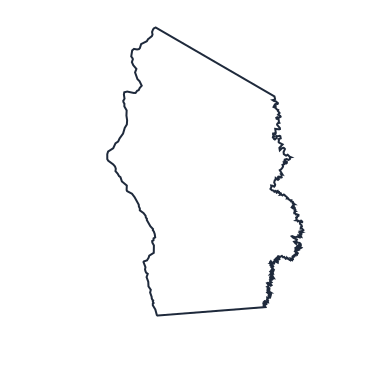 the district of La Primavera, Vichada, Colombia, rotated 300°
{"feature_id": "7082276B79369128068178", "entity_name": "La Primavera", "entity_type": "district", "adm_level": 2, "iso_a3": "COL", "parent_name": "Colombia", "parent_adm1": "Vichada", "projection": "equal_earth", "projection_center": [-69.552, 5.549], "detail": "fine", "context": "isolated", "style": "outline", "palette": "slate", "viewbox_px": 384, "rotation_deg": 300, "n_neighbors": 0, "source": "geoboundaries", "source_scale": "gbopen_adm2", "svg_char_len": 6107}
<svg xmlns="http://www.w3.org/2000/svg" viewBox="0 0 384 384"><g transform="rotate(300 192 192)"><path d="M178.1,102.2L177.2,103.8L176.5,110.0L175.6,112.6L174.0,114.4L171.8,115.3L170.7,118.5L169.3,120.8L169.1,122.6L166.1,126.0L165.0,132.3L161.0,134.4L160.3,135.4L160.5,140.9L158.8,144.9L154.4,152.2L152.8,153.3L151.7,155.0L150.0,156.0L149.5,160.6L148.2,163.7L146.8,164.8L146.3,166.3L145.2,166.8L141.5,173.1L140.4,176.8L139.4,177.1L138.7,178.7L136.9,180.8L134.3,182.8L132.6,181.9L130.9,182.8L129.6,182.0L128.3,183.0L126.7,185.7L120.2,189.3L115.5,186.8L113.4,187.3L110.3,187.2L107.8,185.0L107.1,185.0L103.6,189.3L101.5,190.0L100.0,191.5L99.2,192.6L99.0,194.6L95.6,195.2L92.4,199.0L88.5,201.5L86.7,205.2L84.0,206.0L80.9,209.6L80.0,210.1L78.9,211.4L78.7,212.6L77.6,212.8L76.7,214.2L75.9,213.8L74.3,214.7L71.9,219.0L67.9,223.0L67.7,223.8L129.1,313.2L129.8,312.1L128.8,311.2L129.5,310.8L130.7,311.4L130.8,309.8L131.3,309.4L131.7,309.8L131.1,311.5L132.0,312.5L133.5,311.4L133.3,309.4L134.0,309.6L134.3,310.5L133.9,312.0L134.4,313.0L135.1,312.2L135.8,312.3L136.4,310.7L137.2,310.7L137.6,311.9L137.7,310.2L138.3,309.8L139.4,312.4L140.1,312.3L140.0,311.3L140.6,310.3L141.3,310.7L141.6,311.9L142.6,311.7L143.1,311.3L143.0,310.4L141.7,309.8L142.4,308.7L142.6,307.3L143.5,307.6L143.0,308.9L144.3,310.8L144.4,306.6L145.7,306.0L146.1,307.0L145.9,307.9L147.4,307.2L147.5,304.5L148.6,305.0L150.0,304.8L150.1,307.0L151.1,307.5L151.6,305.7L150.2,303.6L150.6,302.6L151.3,303.1L151.8,305.0L153.5,306.0L153.8,304.2L154.6,304.1L154.9,303.5L156.3,304.2L156.0,305.1L156.5,305.3L156.9,304.2L156.5,302.8L157.0,302.4L158.3,306.0L159.2,304.3L158.6,304.0L158.9,303.3L158.3,302.6L159.9,302.2L160.1,303.2L160.7,302.5L159.6,300.9L161.2,301.2L161.8,303.0L162.7,302.0L162.0,300.3L162.2,299.6L162.7,299.8L162.9,300.5L162.5,301.1L163.5,302.1L164.4,302.0L164.3,300.3L164.7,300.5L164.9,299.9L165.5,300.2L165.2,301.6L165.6,301.7L166.7,298.0L167.3,298.2L167.5,299.5L168.2,299.6L168.7,298.4L168.0,296.5L168.4,296.4L168.8,297.4L169.3,296.9L169.2,295.6L169.7,296.1L169.4,295.0L170.5,294.6L171.5,294.8L170.8,296.3L170.7,298.4L171.1,298.9L172.1,298.4L172.6,297.6L173.5,297.9L173.7,301.6L174.8,301.1L175.0,297.6L176.5,298.1L176.8,300.7L177.5,301.3L178.1,300.8L178.0,298.8L178.6,299.2L178.9,298.6L179.5,298.7L180.0,300.9L181.6,301.8L181.0,303.6L181.9,304.4L181.3,305.8L181.6,306.3L181.2,306.6L181.8,307.1L182.0,308.0L182.5,307.6L182.0,310.3L182.3,310.5L182.1,311.4L182.8,311.4L183.0,312.9L183.7,312.7L184.0,311.4L184.5,312.8L185.7,311.8L186.4,312.3L186.7,311.4L187.2,311.6L186.8,312.5L187.2,312.8L188.3,312.1L188.4,311.4L188.9,313.4L190.3,312.7L190.3,314.2L191.1,313.9L191.7,314.3L192.1,313.9L192.2,310.8L193.5,311.0L194.2,312.5L195.4,313.5L195.9,312.7L195.3,311.1L194.1,310.3L195.3,309.5L196.5,310.6L197.2,313.9L198.5,314.6L198.6,313.1L197.4,311.6L197.7,310.2L199.6,311.0L198.9,312.6L200.4,312.9L201.3,312.1L201.7,310.6L201.0,309.0L201.2,307.5L200.4,307.0L199.2,307.9L199.2,307.5L200.0,305.3L201.6,306.8L203.3,306.6L203.0,302.6L203.5,300.5L203.9,300.8L204.4,304.1L205.8,305.3L206.3,306.9L206.9,306.4L206.6,308.1L207.6,308.0L207.8,309.0L208.6,308.0L208.1,307.0L208.3,306.5L209.1,307.4L209.6,307.4L210.0,306.5L210.3,307.7L211.4,307.0L212.0,307.5L211.6,306.3L211.8,305.2L213.6,307.1L214.7,307.5L215.3,305.6L214.6,304.4L216.0,303.8L217.1,304.4L218.0,303.5L218.2,301.9L219.1,300.9L220.0,300.9L220.9,302.5L221.5,302.2L221.7,300.8L220.3,300.5L220.4,298.8L219.5,298.3L220.0,297.5L219.5,296.3L220.2,296.7L221.9,295.0L222.6,295.7L223.4,295.3L224.6,296.1L225.4,295.7L225.1,293.8L224.5,293.2L225.3,291.9L224.2,290.7L225.6,291.2L226.7,290.4L227.2,291.1L227.3,290.4L228.3,290.4L228.9,289.2L228.3,288.4L228.5,286.0L229.8,286.1L229.0,288.2L229.7,288.7L230.6,286.8L231.4,286.8L232.2,286.0L232.7,286.9L232.8,285.8L232.1,284.3L233.3,285.2L233.9,284.3L233.4,282.6L234.5,282.2L233.8,281.0L234.1,279.9L233.9,279.2L234.6,278.3L233.9,277.4L234.6,277.3L235.2,276.3L235.2,274.9L235.8,273.4L235.6,272.6L234.3,272.1L234.4,270.6L234.0,270.1L234.7,270.3L235.3,269.6L235.2,269.1L234.6,269.5L234.4,269.1L234.7,267.7L235.6,267.3L235.4,266.3L235.8,265.7L235.1,265.3L234.4,266.1L233.7,265.7L234.7,263.9L233.4,263.2L234.0,262.1L233.5,260.4L233.9,258.4L236.0,258.3L237.2,257.3L237.8,258.9L237.7,260.5L238.8,260.7L239.9,260.4L241.4,258.4L243.5,257.8L244.4,258.2L245.9,257.5L245.5,260.4L246.7,260.8L247.8,259.0L248.5,259.1L249.0,260.1L248.9,261.8L249.5,262.3L250.3,261.4L251.6,261.3L252.0,260.0L252.5,260.3L252.6,261.2L254.8,257.1L256.4,257.9L258.6,258.2L259.8,258.0L260.8,256.8L262.1,257.9L263.4,256.8L263.7,259.2L264.6,259.6L265.5,259.1L265.4,256.4L266.4,256.1L267.9,257.5L268.0,259.5L269.4,260.3L270.9,259.6L271.6,260.4L271.4,258.9L272.1,256.2L270.5,255.3L270.7,252.6L272.4,251.3L275.7,251.0L276.1,249.9L276.0,249.1L274.8,248.0L272.0,247.2L273.9,245.6L278.5,246.7L278.3,242.7L278.6,242.0L280.1,241.5L281.0,240.5L282.8,242.0L284.5,240.6L284.5,239.8L283.2,238.5L282.7,237.2L281.1,238.2L278.9,237.5L278.9,236.8L279.4,236.8L279.6,234.8L280.5,234.5L281.3,235.3L282.3,233.5L283.2,233.0L283.7,233.7L283.7,235.2L284.6,234.5L285.1,235.0L288.3,232.5L289.8,236.1L290.5,236.7L291.4,236.0L292.6,232.4L293.2,231.8L294.5,231.9L295.6,233.1L296.4,231.9L297.7,231.2L298.2,230.0L297.7,228.7L298.4,227.9L299.5,228.5L299.9,230.3L301.5,231.1L302.0,230.4L302.0,227.9L304.2,228.3L305.1,225.9L306.1,225.7L305.9,224.0L306.9,222.1L308.3,221.5L308.1,220.6L306.5,221.1L306.4,220.1L309.3,220.0L310.2,220.5L311.0,222.1L311.9,222.0L312.4,219.3L311.8,217.4L311.9,215.9L313.2,217.4L314.0,217.5L316.0,215.6L316.3,78.3L314.7,77.2L313.3,77.0L310.6,77.4L308.6,79.1L306.9,79.3L302.3,77.5L300.0,77.5L294.7,74.0L290.5,74.9L289.2,74.6L288.0,73.2L286.9,70.2L284.7,69.4L279.0,71.6L278.0,73.8L277.4,74.4L274.4,75.0L272.4,77.8L270.8,82.3L267.1,82.9L262.5,88.3L261.7,91.2L258.9,95.3L256.0,94.7L253.5,94.9L252.3,93.9L249.6,93.6L248.6,91.9L246.6,85.7L244.5,83.5L242.3,84.3L239.1,86.9L236.5,86.9L235.4,87.9L234.7,89.3L232.3,90.6L230.0,94.6L225.4,97.0L221.6,100.0L217.9,101.8L213.9,101.7L208.1,103.1L202.2,102.5L198.8,102.8L195.9,101.4L190.5,101.9L185.1,99.1L182.4,99.7L178.1,102.2Z" fill="none" stroke="#1e293b" stroke-width="2"/></g></svg>